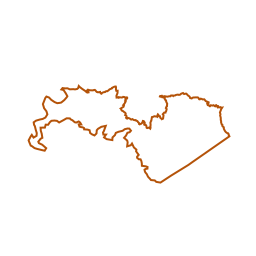 Melandra, Paphos, Cyprus, rotated 41°
{"feature_id": "46923920B99215363510988", "entity_name": "Melandra", "entity_type": "district", "adm_level": 2, "iso_a3": "CYP", "parent_name": "Cyprus", "parent_adm1": "Paphos", "projection": "mercator", "projection_center": [32.531, 34.989], "detail": "fine", "context": "isolated", "style": "outline", "palette": "amber", "viewbox_px": 256, "rotation_deg": 41, "n_neighbors": 0, "source": "geoboundaries", "source_scale": "gbopen_adm2", "svg_char_len": 5336}
<svg xmlns="http://www.w3.org/2000/svg" viewBox="0 0 256 256"><g transform="rotate(41 128 128)"><path d="M63.3,128.6L64.2,130.6L64.0,131.9L62.7,133.6L61.2,134.6L58.7,137.0L56.4,137.7L54.6,139.3L53.2,140.3L52.4,140.8L52.5,142.6L54.5,141.6L56.2,142.1L58.1,142.6L61.4,143.8L61.6,145.1L61.6,148.7L60.9,152.6L60.0,153.8L58.3,155.7L55.6,156.6L51.6,157.1L48.4,156.8L45.8,157.8L45.9,159.6L47.0,162.7L48.1,165.8L51.7,168.1L55.5,168.9L58.2,170.6L58.8,174.3L57.7,177.1L56.0,179.3L53.8,182.7L53.1,185.6L55.0,187.2L56.5,187.7L59.6,189.9L62.5,191.7L64.1,193.9L63.0,197.2L59.9,196.3L60.1,198.2L61.1,202.5L62.5,203.3L66.1,205.1L67.6,204.7L70.6,204.5L72.9,203.5L77.6,201.1L80.0,199.8L79.5,196.9L74.2,196.9L70.7,197.9L69.3,197.2L69.1,193.5L69.8,191.6L66.6,188.9L64.0,187.3L61.8,185.1L65.0,182.2L63.7,179.5L65.6,177.9L65.2,175.0L65.5,172.8L67.5,170.7L69.7,169.2L71.1,169.1L72.4,169.0L74.2,164.2L75.3,161.0L77.8,158.9L79.1,159.1L81.0,158.6L84.0,158.6L85.3,157.9L86.5,155.4L88.4,155.3L90.3,156.0L88.5,157.6L90.5,158.8L92.0,158.1L93.4,157.2L94.9,156.9L95.8,157.8L98.6,155.7L100.5,154.9L102.7,156.6L105.0,156.4L107.6,155.6L107.8,152.8L105.9,150.2L105.9,148.3L107.1,144.6L109.8,141.0L111.8,146.2L112.1,147.8L113.7,149.1L115.7,147.4L116.1,150.8L119.2,150.4L124.1,147.4L122.5,145.3L122.8,141.9L122.0,139.7L123.3,137.1L125.8,133.6L126.3,131.1L128.0,128.7L129.4,127.6L132.0,128.1L132.0,130.1L130.7,132.0L131.5,135.0L131.5,138.0L135.6,138.0L137.1,139.0L139.4,142.4L141.4,139.2L141.2,137.1L145.2,138.8L148.5,138.8L149.4,140.3L153.7,141.3L153.7,143.7L154.4,144.5L156.7,144.5L158.0,143.4L159.8,144.2L161.6,145.6L163.3,147.4L166.7,145.2L168.3,144.6L169.3,145.9L168.2,147.3L167.8,148.6L168.8,149.4L170.1,150.1L172.5,150.5L174.2,151.3L175.8,151.8L177.0,151.8L179.5,152.2L182.6,150.0L184.7,150.1L188.3,147.9L191.8,135.5L197.8,116.3L199.1,110.9L210.2,66.9L209.9,67.5L209.0,67.5L208.8,67.3L208.0,66.6L207.3,66.6L207.0,66.4L206.7,66.7L204.7,66.9L203.4,66.7L202.5,66.4L200.8,65.7L199.8,64.6L199.0,64.7L197.7,64.5L197.2,63.7L196.2,63.7L195.9,63.5L194.3,62.5L193.9,61.8L192.6,61.0L192.3,60.5L191.0,59.2L189.3,58.1L188.7,56.9L187.7,56.3L187.2,56.0L186.4,53.7L185.9,52.6L185.9,52.0L185.7,50.9L185.3,51.4L184.2,51.5L183.8,52.2L182.9,52.8L182.3,53.6L181.9,53.5L182.1,52.5L181.7,52.3L181.4,52.4L181.1,53.2L179.6,52.9L179.3,53.4L179.6,54.4L179.2,54.6L177.6,54.7L177.1,55.6L175.5,56.6L175.6,57.8L175.3,58.0L174.0,57.8L173.2,58.4L172.7,58.2L171.8,57.6L172.3,57.0L172.4,56.2L172.0,55.7L169.0,56.7L166.8,56.3L165.5,57.5L164.5,57.7L163.5,58.3L163.4,59.3L162.8,59.6L161.2,59.0L160.5,59.2L158.7,60.8L157.5,61.9L156.8,62.9L156.7,63.9L155.9,64.3L155.1,64.6L154.4,64.1L153.6,63.9L152.7,64.0L151.9,64.1L149.6,63.8L149.2,64.0L148.0,65.6L146.6,65.5L145.6,67.3L145.5,68.4L145.3,68.9L144.6,69.7L143.8,70.0L143.2,70.7L142.5,71.6L142.1,72.7L141.4,73.3L140.9,73.9L141.0,74.2L140.2,74.3L139.1,75.3L139.2,76.2L139.0,76.3L138.2,77.1L137.3,78.4L136.1,79.2L134.6,80.1L133.7,81.4L133.3,81.5L132.4,81.4L132.0,82.2L131.3,82.7L131.3,83.1L131.4,83.3L131.9,83.1L132.1,83.0L132.6,82.3L133.6,82.4L135.0,81.2L135.7,81.5L136.0,81.3L136.3,81.9L137.6,82.1L138.1,82.5L138.7,82.3L139.6,83.1L141.7,84.0L142.2,84.8L142.5,85.4L142.9,85.6L143.2,86.1L143.1,86.9L143.5,88.1L144.2,88.1L144.8,88.4L145.8,90.4L145.7,90.9L146.2,91.8L145.2,92.7L145.2,94.8L146.4,95.0L148.3,97.9L147.8,99.0L147.5,98.8L146.7,99.1L146.2,99.2L145.5,99.0L145.2,98.7L144.6,98.4L144.3,98.2L143.7,98.6L143.1,98.6L142.7,98.5L142.2,98.1L141.6,98.1L141.8,98.8L142.2,99.1L142.8,100.3L141.9,100.5L141.7,100.9L141.0,101.3L140.1,101.9L139.8,102.8L138.9,104.1L140.8,107.2L140.7,107.5L141.0,108.1L141.4,109.3L143.1,110.9L143.7,111.9L144.9,113.1L145.2,113.9L144.4,113.9L144.2,113.5L143.9,113.4L143.2,114.5L142.5,115.5L142.0,115.6L141.2,115.1L140.6,114.4L139.3,114.0L138.8,114.6L138.0,114.8L137.6,113.7L137.0,112.9L136.6,112.9L136.0,112.6L135.3,112.5L134.6,112.9L135.0,113.9L135.6,114.4L135.2,115.1L135.2,116.1L134.6,116.9L134.5,117.5L134.1,117.5L133.8,117.7L133.0,117.0L131.7,117.0L131.1,116.7L130.2,116.7L129.9,116.9L129.0,117.2L128.6,117.0L127.5,118.0L126.9,118.2L125.5,118.4L125.1,119.3L124.8,119.6L124.0,119.6L122.7,119.8L121.4,120.4L121.2,121.5L120.9,121.6L120.3,121.7L119.8,121.5L119.8,120.7L118.9,119.9L118.1,119.9L117.4,120.1L117.1,119.0L116.9,118.7L115.9,118.3L114.9,118.5L113.2,118.5L112.0,118.9L111.7,118.8L111.1,118.7L110.1,118.1L109.7,118.1L110.7,114.9L110.1,113.6L109.5,113.8L109.5,113.4L109.3,113.3L109.3,111.7L109.1,110.6L108.7,110.3L108.9,109.6L108.4,108.8L108.0,108.8L107.6,108.8L107.4,107.5L107.9,106.6L107.8,106.0L107.7,105.8L107.3,105.6L107.1,105.8L106.6,106.0L106.2,106.5L105.8,107.1L105.0,107.0L103.9,107.7L103.9,107.8L103.8,108.4L103.4,109.0L101.4,110.4L101.2,111.3L100.6,111.6L100.3,111.3L99.4,112.5L98.2,111.4L97.1,108.4L95.7,106.7L94.8,107.6L93.7,106.9L92.8,105.9L92.3,105.2L91.6,104.7L91.2,105.0L90.6,105.8L89.6,108.2L89.9,108.6L88.7,111.0L88.6,112.4L88.2,113.9L87.5,114.4L87.0,115.5L87.1,115.9L86.0,117.2L85.4,118.5L85.5,119.5L84.9,119.7L84.6,119.5L83.5,119.6L83.2,119.2L81.9,120.8L81.4,120.9L81.0,121.2L80.7,121.3L79.7,121.2L79.0,121.0L78.0,121.0L77.4,121.6L77.4,121.9L76.4,123.0L75.4,123.8L74.2,124.7L73.2,125.1L72.5,125.5L72.5,126.2L73.1,126.3L73.8,126.7L74.4,126.7L74.8,127.0L74.1,127.9L73.2,128.2L72.1,128.0L70.6,128.2L67.3,128.6L66.6,128.6L65.3,128.7L64.3,128.7L63.3,128.6Z" fill="none" stroke="#b45309" stroke-width="2"/></g></svg>